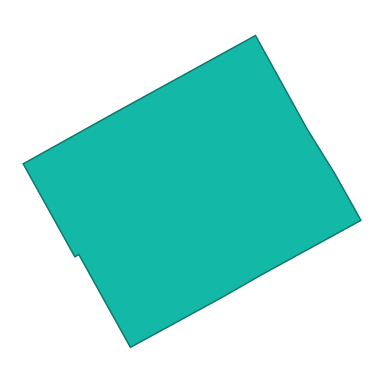 outline of Douglas, Minnesota, United States of America, rotated 331°
{"feature_id": "52423323B43796500945789", "entity_name": "Douglas", "entity_type": "district", "adm_level": 2, "iso_a3": "USA", "parent_name": "United States of America", "parent_adm1": "Minnesota", "projection": "mercator", "projection_center": [-95.419, 45.933], "detail": "fine", "context": "isolated", "style": "filled", "palette": "teal", "viewbox_px": 384, "rotation_deg": 331, "n_neighbors": 0, "source": "geoboundaries", "source_scale": "gbopen_adm2", "svg_char_len": 331}
<svg xmlns="http://www.w3.org/2000/svg" viewBox="0 0 384 384"><g transform="rotate(331 192 192)"><path d="M323.4,85.9L163.9,85.3L58.0,85.5L58.1,191.9L62.7,191.9L62.8,298.0L168.3,298.7L168.5,298.7L211.2,298.1L326.0,298.7L326.0,289.8L325.8,245.5L323.2,192.5L323.4,85.9Z" fill="#14b8a6" stroke="#0f766e" stroke-width="1.5"/></g></svg>